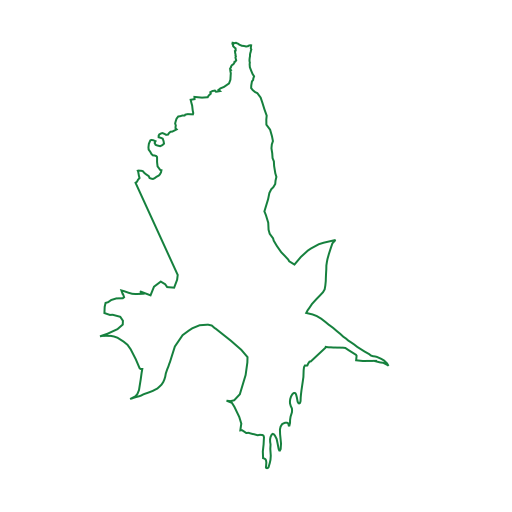 the district of Hutan, Jawa Tengah, Indonesia, rotated 277°
{"feature_id": "22746128B69994664325988", "entity_name": "Hutan", "entity_type": "district", "adm_level": 2, "iso_a3": "IDN", "parent_name": "Indonesia", "parent_adm1": "Jawa Tengah", "projection": "orthographic", "projection_center": [110.358, -7.173], "detail": "fine", "context": "isolated", "style": "outline", "palette": "green", "viewbox_px": 512, "rotation_deg": 277, "n_neighbors": 0, "source": "geoboundaries", "source_scale": "gbopen_adm2", "svg_char_len": 6049}
<svg xmlns="http://www.w3.org/2000/svg" viewBox="0 0 512 512"><g transform="rotate(277 256 256)"><path d="M206.8,145.2L204.7,148.0L204.2,145.2L203.6,141.4L203.4,137.7L204.0,133.9L205.0,129.4L205.4,126.6L202.0,128.3L201.9,128.7L199.0,130.1L197.8,128.9L196.9,122.6L194.7,117.7L192.1,114.8L191.1,112.4L187.1,112.0L180.9,112.5L179.7,118.2L180.2,120.9L179.1,128.7L175.5,131.8L171.7,132.1L166.5,127.4L160.7,118.0L157.8,112.0L157.2,111.0L157.9,112.8L158.5,116.8L158.9,120.5L159.0,121.7L158.8,124.8L158.0,128.5L154.9,135.0L152.2,139.3L148.1,143.0L138.8,149.3L130.5,154.1L129.8,155.1L130.0,156.9L126.0,156.7L119.2,156.6L108.6,156.2L104.6,155.1L102.0,153.4L98.7,148.5L99.3,149.6L99.5,150.2L100.3,151.7L100.8,152.9L100.9,153.1L101.3,153.9L101.6,154.7L102.1,155.9L102.4,156.8L103.5,159.0L104.9,161.0L105.8,162.7L106.9,165.0L108.3,167.7L109.6,170.1L110.8,171.8L112.4,174.2L114.7,176.2L116.8,177.9L119.6,179.3L122.3,180.1L125.1,180.6L128.5,180.8L132.8,181.7L135.7,182.5L138.7,183.1L140.1,183.5L146.7,184.7L156.3,186.5L168.5,192.8L173.7,198.3L176.5,201.6L180.4,208.5L182.0,216.7L181.6,220.6L179.3,223.9L179.1,224.6L168.9,241.3L161.1,252.8L154.6,259.9L149.2,260.4L136.6,260.2L116.8,256.8L110.1,251.9L108.8,248.2L108.8,244.4L107.3,250.0L103.7,252.9L94.2,259.0L89.7,261.0L87.6,261.9L87.3,261.8L81.0,261.7L81.4,263.3L80.7,264.8L80.3,265.6L79.1,267.9L79.6,270.2L79.3,271.7L78.9,274.5L78.9,275.6L78.5,278.1L78.3,279.5L79.0,281.7L79.1,284.3L78.6,285.3L77.1,286.0L69.8,286.5L62.8,286.6L55.4,287.8L55.7,287.8L56.1,288.4L55.5,290.0L54.5,290.8L52.4,291.4L49.0,291.6L47.5,291.6L46.8,292.1L46.8,293.0L47.2,293.7L47.9,294.2L50.5,294.6L52.2,294.9L55.5,295.2L59.5,295.0L66.3,293.7L70.7,293.4L73.2,292.7L75.8,292.3L78.2,292.5L80.7,293.4L81.5,294.3L81.1,295.6L80.0,296.7L76.9,298.8L72.5,300.3L67.2,302.0L65.8,302.8L65.8,303.4L67.4,304.0L72.8,303.7L82.2,301.6L86.8,300.9L89.6,301.2L92.3,302.4L93.2,303.7L94.1,305.3L94.3,306.9L94.1,307.9L93.3,308.6L91.7,309.2L91.8,309.8L94.4,310.1L97.7,309.8L100.8,309.9L105.2,310.7L107.2,310.6L109.1,310.2L111.3,308.8L113.9,307.7L115.9,307.4L118.2,307.4L120.8,307.9L123.2,308.9L124.5,310.0L124.8,311.2L124.4,312.0L123.3,312.7L121.3,313.5L120.8,313.7L116.4,315.1L115.0,316.2L115.0,317.0L115.6,317.6L117.4,317.9L121.2,317.6L124.4,317.5L128.4,317.5L136.8,317.7L141.6,317.8L148.6,317.2L151.5,317.2L153.3,317.9L153.4,319.6L153.6,320.3L155.6,320.9L157.7,322.0L158.0,323.2L173.5,336.2L174.3,336.3L174.2,338.9L174.5,341.8L174.5,342.5L174.6,344.0L175.6,353.4L175.6,355.9L173.9,359.2L170.1,367.3L169.2,368.0L164.7,368.1L164.8,374.8L166.5,387.6L166.1,387.5L165.5,392.2L165.5,395.3L163.6,400.4L163.0,401.0L163.2,400.8L165.4,399.1L167.9,395.8L169.1,393.0L169.4,392.1L170.6,388.2L170.8,386.3L170.8,384.2L171.2,382.2L172.4,380.3L174.4,375.4L178.1,367.6L180.2,364.1L182.1,360.4L183.3,357.9L185.0,355.4L186.5,352.5L188.9,349.2L191.3,345.4L194.1,341.2L196.4,337.1L196.5,336.8L198.7,333.4L201.7,328.4L203.8,323.6L204.9,319.2L205.3,315.4L205.6,312.8L208.3,313.8L211.0,315.3L215.2,317.4L217.6,319.1L220.7,321.3L224.5,324.2L228.2,326.9L231.2,328.2L235.1,328.4L239.6,328.3L242.8,328.0L246.6,327.7L251.3,327.4L255.2,327.0L258.7,327.1L261.7,327.3L266.9,328.1L273.2,329.3L277.9,330.3L281.5,332.9L281.6,333.0L277.5,321.7L275.4,317.0L270.2,309.7L267.7,306.8L260.6,300.7L252.2,295.2L254.8,289.6L256.4,288.4L259.6,284.6L262.8,280.6L268.6,275.4L273.4,271.7L275.6,270.8L279.7,266.9L283.5,265.3L290.5,264.1L297.7,260.9L301.3,258.9L313.9,261.1L320.2,261.6L324.1,263.0L326.4,264.8L329.8,266.3L333.2,266.2L337.0,266.6L340.4,265.1L347.6,263.0L352.1,262.2L355.2,260.5L359.9,259.6L364.8,258.2L368.7,258.1L372.1,258.8L376.7,257.3L383.1,254.6L387.6,250.3L392.7,249.6L396.6,249.5L402.8,246.4L408.6,243.8L413.8,241.3L417.8,237.5L418.6,235.1L420.3,232.5L422.1,230.7L424.8,230.5L428.8,230.7L430.4,231.7L431.9,231.7L434.1,232.2L436.4,230.3L439.4,228.6L442.6,226.9L445.6,226.3L447.3,226.3L448.0,226.0L449.3,225.7L450.5,225.6L452.2,225.6L453.6,225.7L455.2,225.5L456.7,225.6L458.2,225.9L459.2,225.9L460.4,226.2L461.5,225.5L464.5,225.5L464.5,224.6L464.3,224.2L463.8,222.9L463.3,222.6L462.7,220.6L462.9,219.6L463.0,217.5L462.9,216.4L463.3,215.2L463.5,214.4L463.8,213.5L464.4,212.7L464.8,211.2L465.2,210.1L464.7,209.1L464.7,208.1L464.8,206.8L463.8,206.7L463.5,207.6L462.6,207.4L461.4,207.8L460.1,209.5L459.6,210.4L458.6,210.6L457.4,210.8L456.9,210.1L456.2,210.3L455.3,210.5L454.9,210.6L453.9,211.0L453.2,211.2L452.5,211.2L451.8,211.7L450.7,211.4L449.4,211.8L447.8,212.5L446.5,211.8L446.2,211.0L445.3,211.0L443.8,210.3L442.9,209.4L442.3,208.7L440.8,208.1L440.4,208.2L439.4,207.7L438.5,207.4L437.4,208.5L436.9,207.9L435.8,208.2L434.4,208.7L427.8,209.1L424.0,208.2L419.9,203.6L418.0,200.2L417.7,200.0L416.3,198.6L415.3,200.1L414.3,196.9L414.2,196.1L414.7,195.6L415.2,195.0L414.9,194.2L414.5,192.8L413.9,191.9L413.0,190.7L411.6,191.3L409.5,189.5L407.7,188.7L406.6,183.1L406.4,175.5L404.2,175.9L403.1,172.1L402.8,172.2L399.9,173.3L397.5,174.3L392.9,175.4L390.2,176.3L388.9,176.1L388.7,173.8L388.5,170.9L387.7,168.6L386.7,168.0L386.5,165.9L385.5,163.7L385.0,161.8L382.6,160.4L380.1,159.9L377.7,159.6L375.7,160.5L374.1,160.4L372.9,160.6L372.0,161.8L369.3,157.8L368.9,156.0L367.3,154.6L365.8,153.9L365.3,152.0L366.0,150.4L366.6,148.2L366.1,146.9L365.5,146.1L364.9,145.2L363.5,144.7L362.0,144.9L361.7,147.1L361.2,148.8L361.1,149.1L358.9,150.2L356.3,151.0L354.6,149.5L353.3,147.5L353.7,144.3L354.1,142.8L355.8,141.6L357.7,142.3L358.4,139.7L358.4,137.9L357.8,137.0L356.4,136.6L354.3,136.0L350.8,136.0L348.5,136.5L346.6,138.3L344.5,139.8L343.3,141.4L343.4,143.1L343.0,144.9L342.2,145.7L340.9,145.9L339.3,146.1L337.5,146.3L336.1,146.6L332.9,147.4L329.7,150.5L329.6,151.7L327.4,151.5L325.2,150.6L324.0,149.7L322.5,147.6L320.8,145.8L319.9,144.3L320.0,142.8L320.4,140.9L322.2,139.8L323.8,136.7L324.8,135.1L326.4,133.3L326.6,131.9L326.5,130.1L326.5,129.1L326.2,128.3L325.3,128.8L321.4,130.0L319.2,130.9L317.3,129.6L315.2,128.8L314.0,127.5L228.3,180.2L227.7,180.6L222.8,180.6L214.6,178.6L214.3,171.6L216.9,169.3L219.0,164.6L213.1,158.5L204.1,156.1L206.8,145.2Z" fill="none" stroke="#15803d" stroke-width="2"/></g></svg>